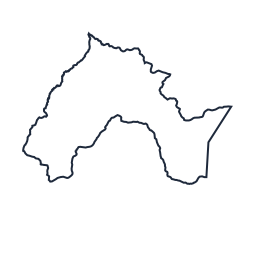 the district of Puracé (Coconuco), Cauca, Colombia, rotated 21°
{"feature_id": "7082276B15347498266609", "entity_name": "Puracé (Coconuco)", "entity_type": "district", "adm_level": 2, "iso_a3": "COL", "parent_name": "Colombia", "parent_adm1": "Cauca", "projection": "natural_earth1", "projection_center": [-76.434, 2.262], "detail": "fine", "context": "isolated", "style": "outline", "palette": "slate", "viewbox_px": 256, "rotation_deg": 21, "n_neighbors": 0, "source": "geoboundaries", "source_scale": "gbopen_adm2", "svg_char_len": 5673}
<svg xmlns="http://www.w3.org/2000/svg" viewBox="0 0 256 256"><g transform="rotate(21 128 128)"><path d="M119.2,123.7L122.1,123.6L124.1,123.0L126.1,123.0L129.3,121.4L130.5,120.3L133.8,119.3L134.6,118.7L136.8,119.0L138.4,118.5L140.9,118.6L142.0,118.2L142.7,117.6L143.1,117.5L144.7,118.0L146.4,120.2L148.1,121.2L149.0,122.0L150.2,122.1L150.6,121.9L153.7,123.1L154.3,123.5L155.0,124.4L156.7,127.8L158.5,128.4L160.1,130.9L162.7,133.6L163.9,134.0L165.2,135.2L165.4,135.7L165.3,136.9L165.6,137.6L166.7,139.2L168.6,142.7L169.5,143.7L169.8,144.3L171.2,144.6L172.4,145.3L173.4,146.7L175.2,148.4L175.7,149.1L176.1,150.2L177.1,151.4L177.8,154.1L178.7,154.8L180.3,154.9L180.7,155.2L181.2,156.2L181.4,157.4L182.1,158.5L182.5,158.7L184.9,158.6L185.6,158.8L187.1,159.9L187.6,159.9L188.3,159.7L190.8,159.5L192.0,159.1L193.9,159.0L194.8,158.7L199.6,159.1L201.4,158.3L202.9,158.7L203.5,158.7L204.4,158.3L205.2,158.3L206.1,157.6L207.3,157.3L208.7,156.2L208.9,155.6L209.6,155.2L210.9,153.4L211.1,152.9L211.6,149.5L212.0,148.4L212.4,147.7L214.5,146.6L216.9,146.5L218.8,145.8L208.2,112.5L216.7,71.1L213.9,71.9L211.8,73.0L210.3,73.6L209.8,73.9L209.3,74.8L208.6,75.3L206.3,75.9L205.6,76.4L203.1,79.4L200.4,81.3L199.3,81.6L197.6,81.7L195.9,82.2L194.2,84.6L193.6,86.1L193.7,89.8L193.5,90.7L192.9,91.3L191.1,92.3L190.7,92.7L186.3,94.6L185.1,95.8L184.6,96.7L183.5,98.1L182.1,99.2L179.4,100.2L177.6,100.4L176.6,99.0L175.1,98.7L173.6,98.0L172.6,96.9L170.2,94.9L169.7,94.2L169.7,91.9L169.5,91.5L166.8,91.1L166.0,90.8L164.9,89.8L165.0,88.1L164.6,85.9L163.9,85.2L163.1,85.2L162.4,84.2L162.0,83.9L160.7,83.9L159.7,84.1L158.7,84.7L156.5,85.2L154.7,87.3L152.2,86.4L150.9,86.2L149.5,85.1L147.4,84.6L146.6,84.3L146.0,83.9L145.6,82.8L144.2,81.8L143.8,81.0L143.9,80.6L143.9,79.1L144.0,78.6L144.9,78.0L145.1,77.6L145.1,75.6L145.3,74.3L144.7,74.2L144.0,73.6L143.8,73.1L143.8,72.6L145.4,70.0L145.6,67.6L147.6,65.5L148.1,64.6L148.3,63.8L148.2,62.8L147.3,62.8L145.9,63.2L143.3,63.1L140.4,63.5L136.1,63.4L134.6,64.6L133.2,66.6L132.5,67.1L131.6,67.6L129.6,67.5L129.0,67.0L128.3,65.1L128.1,61.2L127.0,60.0L122.0,60.0L121.4,60.2L120.4,61.4L120.0,60.6L118.2,58.8L117.6,56.6L117.0,55.8L115.9,55.5L114.9,54.7L112.7,54.6L112.3,54.3L111.6,52.1L110.8,51.4L110.4,51.3L110.0,50.8L108.8,50.1L107.9,50.6L105.5,51.3L104.6,52.1L104.3,52.8L103.5,53.7L101.8,54.7L100.1,54.7L99.0,54.9L98.3,55.6L97.7,56.9L97.2,57.5L96.3,58.1L95.5,58.3L93.5,57.9L91.5,56.2L91.0,56.1L89.8,56.4L89.3,56.7L88.8,57.5L88.3,57.8L86.6,58.1L85.4,58.1L84.4,57.6L83.2,57.5L82.7,57.6L81.8,58.3L81.3,58.3L80.0,56.8L79.4,56.6L78.9,57.0L78.2,57.0L76.4,58.9L75.5,59.4L74.9,59.3L74.6,59.0L74.4,59.1L74.2,58.9L73.5,59.3L73.0,58.4L72.4,58.3L71.7,57.5L71.7,57.1L71.1,56.8L69.8,56.8L69.4,56.7L69.1,57.0L68.3,56.5L67.9,55.9L67.5,55.9L66.5,56.0L66.1,56.5L64.9,56.5L63.9,55.6L62.0,55.2L61.7,54.7L61.2,54.6L60.7,54.9L60.4,54.6L60.0,54.7L59.7,54.4L58.2,54.3L57.6,53.9L57.6,55.1L58.1,55.4L59.4,57.0L60.5,57.6L60.7,57.9L60.9,58.6L60.7,59.6L61.0,61.7L61.6,62.8L61.7,63.3L62.2,64.3L63.0,65.4L63.1,66.1L63.3,66.4L63.6,67.7L63.5,69.0L63.1,69.7L63.5,70.9L62.6,72.1L62.1,73.8L61.7,76.0L62.2,76.5L61.3,79.0L61.0,80.2L60.5,81.4L59.9,81.7L59.9,82.2L59.1,83.2L58.6,84.3L57.8,84.9L57.7,85.4L57.4,85.9L57.5,87.0L56.9,87.9L55.8,88.3L54.7,89.2L54.6,89.4L55.2,90.9L54.6,91.3L54.4,92.4L53.1,93.5L52.9,94.7L52.2,95.2L52.4,96.1L51.9,96.6L50.9,96.6L50.6,97.5L49.5,97.4L49.3,98.0L48.3,99.2L48.4,99.8L48.9,100.3L48.9,101.5L48.8,101.9L48.5,101.7L48.2,102.0L47.9,103.5L48.6,104.5L48.6,105.1L49.3,106.4L49.3,107.0L50.0,108.0L49.5,109.5L49.6,112.2L49.2,113.1L48.4,113.7L47.7,113.4L47.4,113.7L46.9,113.5L46.5,113.8L46.7,114.4L46.7,114.7L46.5,114.9L46.1,114.9L45.8,116.2L45.2,117.0L44.6,117.1L44.5,117.7L44.2,118.1L44.5,118.3L44.6,118.8L43.5,119.5L43.9,120.4L43.3,121.4L43.0,122.4L43.0,123.5L42.7,123.6L42.6,124.0L42.9,124.6L42.9,126.5L43.3,126.9L43.7,128.3L43.6,128.8L43.2,128.1L42.7,128.9L42.9,129.5L42.9,130.7L43.9,131.9L43.9,132.5L43.5,132.9L43.5,133.9L44.2,135.1L44.1,135.4L43.7,135.5L43.7,135.9L43.9,137.7L43.7,138.4L44.0,139.1L42.9,139.9L42.8,140.5L43.5,142.3L44.5,143.0L46.0,143.4L47.6,144.8L48.0,145.5L47.6,146.2L47.5,146.8L47.2,146.9L46.7,146.7L45.8,147.1L45.0,148.0L44.7,148.7L43.6,149.6L42.2,150.0L41.5,149.8L41.3,150.0L40.8,151.1L40.5,152.6L40.2,153.2L40.4,156.4L40.3,157.1L40.4,158.1L39.5,159.1L37.9,160.2L38.4,161.5L37.2,164.8L38.1,166.7L38.3,167.7L39.0,168.8L38.9,169.3L38.5,169.7L38.0,171.5L37.7,172.2L37.7,173.0L38.2,174.2L38.6,176.7L38.5,177.1L38.5,178.6L38.2,179.7L38.3,180.2L37.7,181.1L37.6,181.7L37.6,183.9L38.1,186.4L38.5,187.0L38.9,186.8L39.5,186.9L41.3,188.5L43.7,189.5L46.0,189.2L48.8,189.1L50.8,188.7L52.8,189.4L55.5,188.9L58.0,190.1L59.2,192.0L59.4,193.1L59.8,193.3L60.1,193.3L60.4,193.0L62.4,192.7L65.8,191.8L66.3,191.9L67.7,193.8L67.9,194.6L67.8,195.7L67.9,196.3L68.1,197.2L69.1,199.1L69.2,200.7L70.9,201.0L71.7,201.5L72.7,204.9L73.7,205.2L74.2,205.7L74.6,205.9L76.2,205.1L79.1,201.5L80.1,199.9L82.6,198.0L85.0,196.7L88.9,196.5L89.8,196.1L90.7,195.1L92.2,192.5L92.6,191.3L92.6,190.6L92.0,189.2L91.6,188.9L90.7,187.8L89.9,186.1L89.1,182.2L87.9,180.5L87.1,176.5L87.2,174.5L87.4,174.0L88.8,172.7L89.5,171.4L89.3,170.5L87.8,169.1L87.4,168.4L88.0,167.5L87.7,166.6L88.3,165.5L88.5,163.9L88.7,163.5L90.1,162.7L95.5,161.4L96.7,160.5L99.0,159.2L100.0,158.4L100.7,157.5L101.4,156.0L101.7,154.3L101.7,153.0L102.6,149.6L102.5,148.5L103.1,147.3L103.5,145.8L103.8,144.1L103.8,142.8L104.7,140.9L107.2,137.5L107.2,136.2L106.4,135.6L106.4,135.0L106.7,133.8L107.1,133.1L107.6,128.7L108.0,128.0L108.5,127.6L108.7,125.6L109.1,124.5L109.3,124.2L110.8,123.4L112.3,121.3L113.6,119.7L115.8,119.7L117.2,120.0L117.9,120.5L118.3,121.9L119.2,123.7Z" fill="none" stroke="#1e293b" stroke-width="2"/></g></svg>